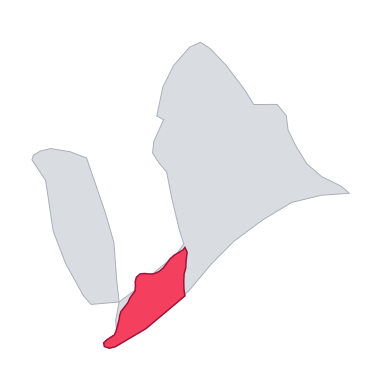 Brunei, with Brunei and Muara highlighted, rotated 175°
{"feature_id": "BRN-1182", "entity_name": "Brunei and Muara", "entity_type": "District", "adm_level": 1, "iso_a3": "BRN", "parent_name": "Brunei", "parent_adm1": "", "projection": "natural_earth1", "projection_center": [114.909, 4.894], "detail": "fine", "context": "in_parent", "style": "filled", "palette": "rose", "viewbox_px": 384, "rotation_deg": 175, "n_neighbors": 0, "source": "natural_earth", "source_scale": "10m", "svg_char_len": 1288}
<svg xmlns="http://www.w3.org/2000/svg" viewBox="0 0 384 384"><g transform="rotate(175 192 192)"><path d="M274.2,88.8L253.9,101.3L234.0,117.0L214.0,130.5L204.7,141.0L208.0,155.8L212.8,188.4L215.5,214.0L222.5,224.1L227.9,234.3L225.7,245.5L213.9,266.6L220.5,270.7L212.0,298.8L199.3,319.6L181.8,336.5L170.4,340.4L161.3,333.2L146.6,314.7L130.4,288.8L122.9,273.8L99.6,271.8L91.4,259.9L90.9,245.4L84.3,228.3L75.1,210.0L61.4,195.9L43.1,184.9L35.4,177.0L63.7,177.5L93.8,172.9L124.8,157.6L154.7,139.2L179.7,118.0L203.3,94.2L228.0,75.4L266.4,53.6L279.4,55.3L279.2,70.8L274.2,88.8ZM302.3,88.8L309.3,98.3L324.1,131.7L333.7,165.2L336.8,216.2L348.6,237.9L346.8,242.4L339.7,246.0L328.8,247.6L309.9,242.7L294.1,235.1L280.4,179.9L274.2,148.7L274.7,111.4L274.2,88.8L302.3,88.8Z" fill="#d9dde1" stroke="#a8b0b8" stroke-width="1"/><path d="M263.0,91.9L257.4,98.4L256.6,102.9L256.4,107.7L254.8,112.0L250.8,114.9L246.5,115.0L241.9,114.1L237.4,113.8L231.8,115.6L227.3,118.8L219.3,127.7L215.1,130.7L206.0,135.1L203.9,137.4L202.1,132.5L204.0,123.2L204.8,116.9L207.0,111.1L208.0,103.8L208.5,95.9L208.1,89.1L249.8,59.9L281.9,44.5L288.1,43.6L292.8,45.7L293.2,49.4L289.5,52.4L281.8,56.4L279.7,60.3L275.6,71.7L274.9,75.1L273.2,79.1L265.5,87.3L263.0,91.9Z" fill="#f43f5e" stroke="#9f1239" stroke-width="1.5"/></g></svg>